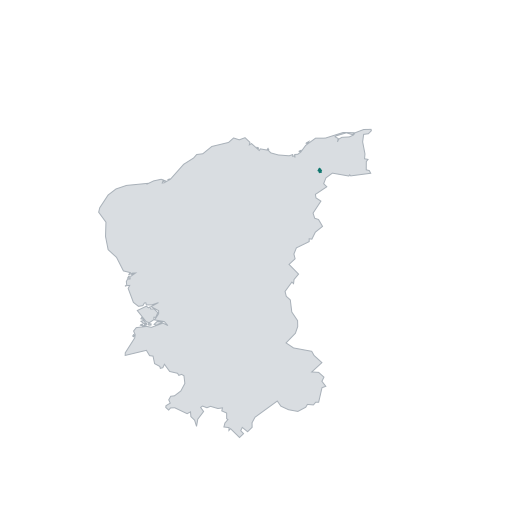 Clevelândia, Paraná, Brazil (highlighted), rotated 225°
{"feature_id": "56859067B10537536811182", "entity_name": "Clevelândia", "entity_type": "district", "adm_level": 2, "iso_a3": "BRA", "parent_name": "Brazil", "parent_adm1": "Paraná", "projection": "natural_earth1", "projection_center": [-52.368, -26.309], "detail": "fine", "context": "in_parent", "style": "filled", "palette": "teal", "viewbox_px": 512, "rotation_deg": 225, "n_neighbors": 0, "source": "geoboundaries", "source_scale": "gbopen_adm2", "svg_char_len": 4636}
<svg xmlns="http://www.w3.org/2000/svg" viewBox="0 0 512 512"><g transform="rotate(225 256 256)"><path d="M161.7,120.2L165.7,124.2L170.7,122.3L172.3,124.9L175.1,121.2L181.9,117.5L183.4,114.0L187.7,112.1L188.1,109.8L183.1,109.0L181.8,99.5L177.6,93.5L183.3,96.5L188.5,96.4L192.1,99.5L193.2,95.8L206.2,91.2L209.0,88.1L208.8,85.3L212.7,85.1L213.8,86.5L212.6,91.3L216.0,92.6L217.1,96.5L214.8,99.5L213.7,107.4L216.2,115.6L222.3,120.4L224.9,119.7L226.2,117.0L228.5,117.6L235.4,113.3L244.2,114.7L242.9,111.1L244.2,108.9L245.9,109.9L251.6,108.2L258.0,112.4L260.8,110.3L266.8,111.8L278.2,93.2L280.0,95.1L283.8,112.2L285.7,114.9L289.5,116.4L290.0,120.7L283.5,128.9L279.5,131.6L274.3,142.8L269.1,144.5L274.5,144.8L282.5,139.1L284.0,146.3L286.2,148.5L294.4,146.0L292.0,154.1L295.2,147.6L299.0,143.9L300.8,145.0L301.7,143.8L300.9,140.9L303.5,137.3L309.9,136.5L323.5,142.7L324.5,145.9L326.4,143.7L329.6,146.2L330.5,148.8L328.8,150.7L329.5,151.6L331.2,149.8L331.7,151.6L330.1,153.4L329.1,158.9L331.2,156.6L332.8,152.5L333.1,155.4L339.2,151.7L353.6,156.4L365.0,155.9L376.2,163.4L386.0,173.8L398.2,175.7L400.6,179.6L403.7,194.6L402.4,204.4L397.5,214.3L384.1,230.6L384.1,229.3L381.5,236.7L377.3,243.2L375.3,244.2L373.9,241.3L372.7,242.8L370.8,249.8L372.0,269.7L369.4,281.2L369.7,285.8L365.9,290.7L364.7,302.2L355.7,316.9L355.3,323.6L350.0,326.3L347.4,331.9L340.7,332.1L339.3,329.9L338.7,332.3L328.3,332.9L328.7,334.8L322.1,339.4L318.4,339.4L311.7,343.2L303.4,350.3L301.8,353.6L300.4,352.4L299.8,353.9L298.0,353.2L300.4,355.2L298.4,357.4L297.8,361.1L299.1,369.3L297.2,381.4L290.3,388.4L281.7,405.0L273.7,412.6L273.5,410.1L279.2,407.0L284.2,397.8L284.4,396.2L281.0,397.2L279.1,394.3L280.1,397.2L279.2,400.6L274.2,406.2L272.6,410.6L273.1,413.1L269.3,421.6L264.2,426.9L263.0,426.1L263.0,421.9L265.9,418.1L261.3,412.1L251.1,405.2L248.0,401.5L245.1,403.5L244.8,400.8L239.0,394.9L236.3,396.5L233.4,395.6L245.7,379.6L247.2,379.7L246.9,378.2L260.6,368.6L261.8,360.7L259.3,355.0L254.9,355.0L257.6,341.6L254.7,339.5L248.9,340.7L246.0,326.7L241.2,324.2L237.6,326.0L229.9,324.0L230.9,314.8L228.4,307.4L230.6,305.8L228.6,303.8L233.2,290.3L230.6,284.2L226.4,281.7L226.7,273.4L213.1,273.3L212.5,266.3L209.9,263.0L212.2,262.9L210.4,251.5L206.1,248.9L200.7,249.2L191.1,241.7L180.9,239.7L176.6,235.6L173.5,229.2L173.3,215.8L164.5,217.5L149.2,228.0L144.6,226.7L134.0,227.2L134.6,213.4L129.4,218.0L122.3,218.4L120.8,214.0L114.5,213.2L116.2,209.5L108.3,196.9L110.4,194.8L110.1,191.3L114.7,187.4L113.9,184.2L116.5,175.7L124.3,170.3L132.2,167.4L138.4,168.5L142.7,141.3L140.9,135.3L137.6,132.1L137.7,125.8L144.5,125.1L143.3,121.7L139.2,121.6L139.3,116.0L151.9,115.9L151.8,113.5L153.7,115.6L157.8,112.4L159.9,116.0L160.2,120.5L161.7,120.2ZM287.3,131.9L301.4,133.5L298.0,143.0L295.5,143.2L295.0,144.9L292.9,144.1L290.7,146.5L285.4,146.5L283.5,141.7L284.9,140.5L283.2,138.8L284.3,133.3L287.3,131.9ZM275.4,143.4L277.5,136.6L279.7,135.6L279.6,139.8L275.4,143.4ZM291.2,128.5L289.8,131.1L286.7,130.5L287.2,128.9L291.2,128.5ZM286.4,125.7L285.9,131.0L284.5,130.4L286.4,125.7ZM293.4,131.9L291.4,132.1L290.5,131.7L293.0,130.2L293.4,131.9ZM284.3,132.0L282.2,133.8L281.4,132.9L282.9,131.3L284.3,132.0ZM288.1,127.5L287.1,126.4L288.8,125.3L288.9,126.3L288.1,127.5ZM287.0,113.9L285.8,114.2L285.5,112.3L286.6,112.2L287.0,113.9ZM299.6,374.3L299.2,372.6L300.1,371.1L300.4,371.5L299.6,374.3ZM323.3,338.8L323.6,340.6L322.2,340.2L323.3,338.8ZM299.0,362.3L298.4,361.3L299.3,360.3L299.6,360.7L299.0,362.3ZM330.9,155.5L330.0,157.4L330.9,154.6L330.9,155.5ZM374.5,244.5L373.1,245.1L374.0,243.5L374.5,244.5ZM332.0,333.6L330.6,334.2L330.3,333.9L331.2,333.0L332.0,333.6ZM372.2,248.1L371.6,249.2L371.3,248.5L372.2,248.1ZM327.2,142.0L327.2,143.0L326.8,142.9L327.2,142.0Z" fill="#d9dde1" stroke="#a8b0b8" stroke-width="1"/><path d="M271.7,361.2L271.4,361.2L271.2,361.1L271.1,360.9L271.0,361.0L270.9,361.1L270.9,360.9L270.7,360.8L270.7,360.7L270.8,360.7L270.7,360.5L270.5,360.4L270.6,360.2L270.4,360.2L270.4,360.3L270.2,360.3L270.3,360.3L270.3,360.2L270.2,360.2L270.2,360.3L270.0,360.5L269.9,360.6L270.0,360.6L270.1,360.8L270.2,361.0L270.3,361.0L270.4,361.3L270.3,361.5L270.3,361.8L270.3,362.0L270.2,362.0L270.3,362.1L270.2,362.2L270.2,362.3L270.3,362.3L270.4,362.5L270.5,362.5L270.8,362.6L271.0,362.6L271.3,362.6L271.5,362.6L271.8,362.6L271.9,362.8L272.0,362.8L272.3,362.8L272.5,362.8L272.6,362.7L272.7,362.8L272.8,362.8L272.8,362.7L272.8,362.4L272.9,362.2L272.9,361.9L272.7,361.8L272.6,361.7L272.4,361.6L272.5,361.5L272.5,361.4L272.4,361.4L272.2,361.4L272.2,361.2L272.1,361.3L271.9,361.3L271.9,361.2L271.8,361.3L271.7,361.3L271.7,361.2L271.7,361.2Z" fill="#14b8a6" stroke="#0f766e" stroke-width="1.5"/></g></svg>